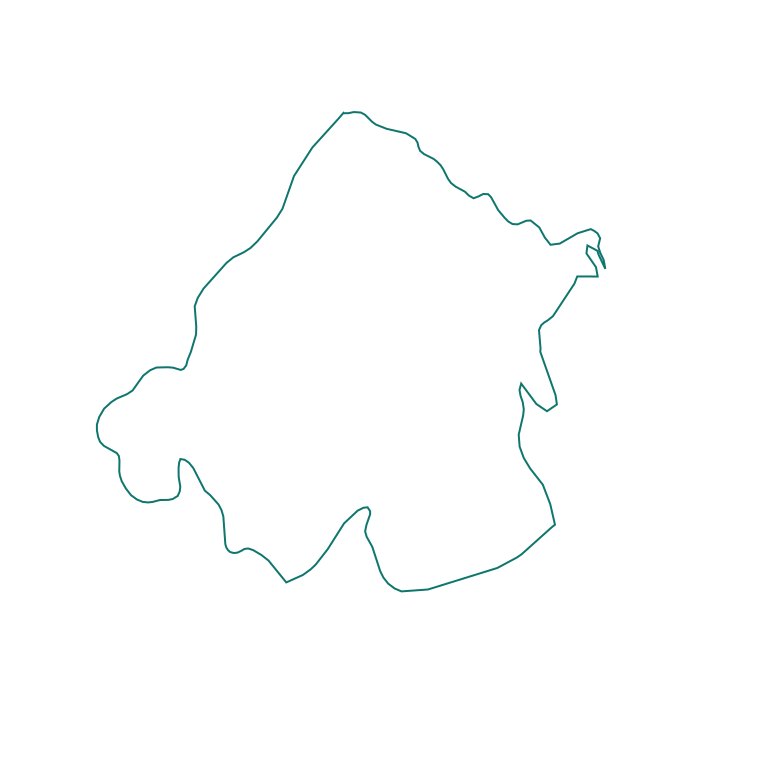 the border of El Oro, rotated 135°
{"feature_id": "ECU-1267", "entity_name": "El Oro", "entity_type": "Province", "adm_level": 1, "iso_a3": "ECU", "parent_name": "Ecuador", "parent_adm1": "", "projection": "orthographic", "projection_center": [-79.84, -3.463], "detail": "fine", "context": "isolated", "style": "outline", "palette": "teal", "viewbox_px": 768, "rotation_deg": 135, "n_neighbors": 0, "source": "natural_earth", "source_scale": "10m", "svg_char_len": 2398}
<svg xmlns="http://www.w3.org/2000/svg" viewBox="0 0 768 768"><g transform="rotate(135 384 384)"><path d="M220.9,604.4L220.9,603.8L217.7,600.7L213.0,597.6L208.4,592.3L207.0,587.7L207.0,578.0L206.3,573.2L201.7,562.6L191.1,545.7L188.6,535.1L189.6,531.0L191.9,527.4L193.6,523.3L193.1,518.1L189.8,508.2L189.3,504.1L189.3,498.8L190.2,494.2L193.6,484.0L194.5,478.7L193.8,472.9L190.8,462.8L190.7,457.0L189.3,452.0L184.7,449.9L179.5,448.2L176.1,444.5L176.2,440.4L180.3,426.2L181.2,416.1L181.2,410.9L180.0,406.2L176.6,402.4L167.9,398.8L164.7,395.9L163.5,384.9L166.7,373.9L167.8,364.7L160.4,359.0L140.5,353.7L131.9,349.2L128.3,347.3L127.1,343.6L126.5,339.6L128.1,334.2L135.2,329.9L138.4,323.7L141.0,316.3L146.1,308.9L140.8,323.8L138.9,327.3L142.2,338.1L148.5,333.2L151.5,316.7L156.9,308.9L171.3,323.4L178.4,320.3L216.5,312.5L223.1,313.2L227.4,314.2L231.3,314.4L236.3,312.5L248.3,298.3L250.7,296.3L270.6,254.8L276.2,247.3L288.0,249.5L290.4,262.1L286.7,287.3L292.4,284.0L295.9,278.9L298.8,273.0L303.0,267.3L307.8,263.4L324.6,252.9L332.4,243.8L337.5,232.8L340.4,220.9L342.9,200.5L351.4,181.5L362.6,163.6L366.8,164.1L407.1,166.3L412.6,167.3L434.0,173.8L498.2,207.6L518.3,225.0L521.1,232.0L522.2,239.8L521.3,247.5L519.0,254.4L507.4,277.2L504.3,288.2L501.6,293.1L496.0,296.8L485.9,301.7L483.8,303.9L482.8,308.4L486.0,311.0L492.2,313.1L510.7,313.7L540.6,307.0L560.0,304.6L567.0,304.8L576.3,306.3L593.4,312.8L590.5,340.8L591.6,349.8L594.0,359.1L596.4,363.8L599.3,366.0L603.1,367.0L606.9,368.4L609.7,370.7L611.6,373.9L611.8,376.8L611.0,380.1L609.4,383.0L591.3,403.9L588.1,409.7L586.2,415.8L585.5,428.2L586.1,435.2L578.3,459.4L577.6,466.1L578.5,471.3L581.0,474.9L584.4,473.3L588.3,470.2L594.8,463.6L600.7,455.4L604.4,452.5L609.0,450.7L614.8,452.1L618.5,454.6L624.5,460.4L631.1,464.3L634.5,467.0L638.0,471.3L640.4,477.1L641.5,484.4L640.4,492.8L638.2,500.7L635.5,506.0L633.0,509.4L625.1,517.0L622.4,520.6L621.8,524.0L625.8,538.2L625.7,543.7L623.7,548.5L619.8,554.2L615.7,558.3L608.8,562.0L599.3,564.5L589.3,564.0L583.2,562.7L573.1,558.6L566.4,557.2L548.3,560.2L539.6,559.1L533.3,556.6L525.0,548.7L521.6,544.7L517.8,537.7L515.1,536.4L510.7,537.0L505.6,540.0L497.8,543.3L481.9,551.9L476.3,557.2L462.9,572.8L454.8,576.6L444.0,579.1L409.8,581.0L400.9,580.1L390.1,576.3L382.2,574.6L372.7,574.4L342.1,577.4L331.9,579.7L300.6,594.7L267.3,601.9L228.7,603.8L220.9,604.4Z" fill="none" stroke="#0f766e" stroke-width="2"/></g></svg>